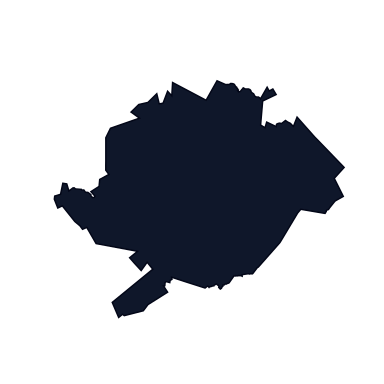 Cucurpe, Sonora, Mexico, rotated 232°
{"feature_id": "50627088B85170396923038", "entity_name": "Cucurpe", "entity_type": "district", "adm_level": 2, "iso_a3": "MEX", "parent_name": "Mexico", "parent_adm1": "Sonora", "projection": "mercator", "projection_center": [-110.671, 30.429], "detail": "fine", "context": "isolated", "style": "filled", "palette": "ink", "viewbox_px": 384, "rotation_deg": 232, "n_neighbors": 0, "source": "geoboundaries", "source_scale": "gbopen_adm2", "svg_char_len": 4575}
<svg xmlns="http://www.w3.org/2000/svg" viewBox="0 0 384 384"><g transform="rotate(232 192 192)"><path d="M253.6,289.5L253.7,289.1L253.8,287.6L256.0,284.6L264.2,280.2L255.6,259.6L290.2,244.1L280.2,235.3L286.4,234.8L279.8,223.9L281.6,220.4L291.1,224.7L289.7,212.4L293.7,203.9L292.5,193.2L282.5,196.1L290.5,172.6L292.4,167.0L287.8,157.5L283.3,154.0L269.1,142.9L266.0,140.4L263.8,138.7L262.3,137.5L257.0,137.3L258.7,127.0L253.6,122.2L254.5,112.6L248.5,113.0L247.9,111.6L248.8,110.2L251.3,110.0L252.2,110.7L255.8,109.7L257.4,107.9L260.2,108.0L261.2,106.4L262.1,106.5L266.2,102.0L267.7,101.8L268.5,100.8L268.6,95.6L275.5,98.3L278.4,95.6L271.1,87.0L273.3,81.3L271.1,79.1L262.0,76.4L260.9,81.3L240.9,81.5L234.3,82.9L230.0,82.8L228.9,87.3L210.4,84.7L178.8,112.6L178.6,102.4L171.2,102.8L161.4,103.6L164.3,113.4L155.3,113.6L154.1,61.2L138.3,57.0L138.4,62.0L136.3,62.5L128.4,80.5L130.4,88.0L128.1,111.1L135.6,111.7L134.9,112.9L137.3,115.1L137.2,116.6L134.3,118.7L135.8,120.3L135.5,122.4L137.4,123.5L125.9,131.2L108.3,143.2L108.3,146.3L108.1,146.6L107.4,146.8L107.2,146.7L106.9,146.7L107.0,146.8L107.0,147.0L106.9,147.1L106.5,147.2L106.5,147.3L106.4,147.3L106.2,147.5L106.2,147.8L106.2,148.1L106.1,148.3L106.0,148.5L105.9,148.7L105.8,148.8L105.7,149.0L105.6,149.3L105.6,149.5L105.5,149.8L105.3,150.2L105.1,150.6L105.0,150.8L104.8,151.2L104.7,151.4L104.6,151.5L104.8,151.8L104.9,152.0L104.9,152.5L104.9,152.8L104.7,153.2L104.7,153.3L104.7,153.5L104.7,153.8L104.7,154.0L104.6,154.4L104.5,154.5L104.2,154.7L104.0,154.8L103.8,154.8L103.6,154.8L103.4,154.8L103.2,154.8L102.9,154.9L102.8,155.1L102.6,155.2L102.4,155.3L102.2,155.2L101.9,155.2L101.5,155.1L101.1,155.1L100.9,155.0L100.6,154.9L100.5,154.7L100.4,154.7L100.2,154.3L99.9,154.4L99.6,154.4L98.9,154.5L98.3,154.5L98.1,154.5L98.0,154.8L98.1,155.0L98.1,155.3L98.1,155.6L98.0,155.9L98.1,156.1L98.4,156.7L98.7,157.4L98.8,157.6L98.9,157.9L99.0,158.1L98.9,158.3L98.8,158.5L99.0,158.7L99.3,158.8L99.5,158.9L99.7,159.2L99.6,159.3L99.4,159.5L99.3,160.0L98.9,160.3L99.0,161.9L98.6,162.2L98.2,162.6L98.2,163.7L98.0,164.1L97.8,164.4L97.7,164.8L97.6,165.3L100.1,173.6L99.9,173.7L99.7,173.8L99.6,174.0L99.4,174.3L99.2,174.4L99.1,174.5L99.0,174.8L98.9,174.9L99.0,175.0L98.8,175.1L98.7,175.4L98.6,175.7L98.4,175.8L98.3,176.0L98.0,176.1L97.9,176.3L97.8,176.5L97.8,176.9L97.8,177.1L97.7,177.2L97.5,177.3L97.3,177.3L97.2,177.5L97.1,177.9L96.8,178.1L96.5,178.2L96.3,178.6L96.2,178.9L94.8,179.7L96.0,180.5L94.7,183.0L93.2,185.6L93.0,185.9L92.8,186.2L92.1,186.7L91.9,186.9L91.7,187.2L91.7,187.5L91.6,188.0L91.0,188.5L90.8,188.6L90.6,188.9L90.4,189.1L90.3,189.3L90.4,190.0L92.3,197.3L92.0,197.9L98.0,230.0L98.6,231.7L110.4,262.3L110.8,264.2L111.4,267.1L93.3,283.6L93.4,283.8L93.3,284.0L93.5,284.5L93.8,284.9L93.8,285.2L94.2,285.5L94.1,285.8L94.3,285.9L94.4,286.1L94.5,286.1L94.6,286.4L94.6,286.5L94.6,286.8L94.7,287.0L94.6,287.3L94.6,287.6L94.6,287.9L94.6,288.0L94.4,288.3L94.3,288.5L94.2,288.6L94.3,289.0L94.3,289.3L94.5,289.5L94.6,290.0L94.8,290.6L96.4,297.3L96.8,299.4L95.4,308.5L115.2,312.5L117.7,327.0L153.9,323.2L160.1,322.5L186.3,320.9L181.4,312.6L181.3,312.2L185.5,311.8L188.4,310.4L190.8,309.7L190.8,304.8L191.6,304.1L192.5,303.2L192.9,302.2L193.3,301.1L193.3,300.3L191.7,298.6L201.1,293.9L197.7,289.1L202.5,287.3L204.5,289.1L220.2,303.7L217.0,318.3L223.4,319.1L224.1,315.0L228.3,315.7L223.2,303.3L223.9,303.4L224.5,303.3L225.0,303.1L225.4,303.0L225.7,302.9L226.2,302.6L226.6,301.8L227.1,301.3L227.7,301.0L228.1,300.7L228.6,300.6L229.0,300.6L229.7,300.7L230.4,300.8L231.4,301.0L231.5,301.0L231.8,300.9L232.2,300.7L232.6,300.6L233.0,300.4L233.4,300.4L233.9,300.3L234.6,300.3L235.5,300.7L235.8,300.7L236.4,300.8L237.3,300.6L237.6,300.4L238.3,300.0L238.8,299.5L239.1,299.0L239.6,298.4L240.0,297.9L240.4,297.4L240.9,297.1L241.6,296.9L242.3,296.7L242.5,296.4L242.5,296.2L242.3,295.9L242.2,295.4L242.1,295.1L242.1,294.4L241.9,293.8L241.7,293.2L241.6,292.2L241.6,291.8L241.7,291.3L241.9,290.9L242.2,290.6L242.3,290.3L242.7,290.3L242.8,290.4L243.1,290.3L243.3,290.5L243.4,290.8L243.6,290.9L243.7,291.0L243.8,291.0L243.9,290.9L243.9,291.0L244.0,291.0L244.0,291.3L244.4,291.3L244.5,291.3L244.8,291.4L245.0,291.3L245.3,291.4L245.5,291.4L245.9,291.4L245.9,291.5L246.0,291.5L246.3,291.4L246.5,291.4L246.8,291.4L246.9,291.5L247.0,291.6L247.3,291.4L247.4,291.2L247.5,291.1L247.8,291.3L247.9,291.5L248.0,291.5L248.2,291.4L248.3,291.3L248.5,291.3L248.8,291.4L249.0,291.4L249.4,291.4L249.5,291.4L250.2,291.6L250.7,291.6L251.1,291.5L251.5,291.3L252.3,290.8L252.8,290.3L253.1,290.0L253.3,289.7L253.6,289.5Z" fill="#0f172a" stroke="#020617" stroke-width="1.5"/></g></svg>